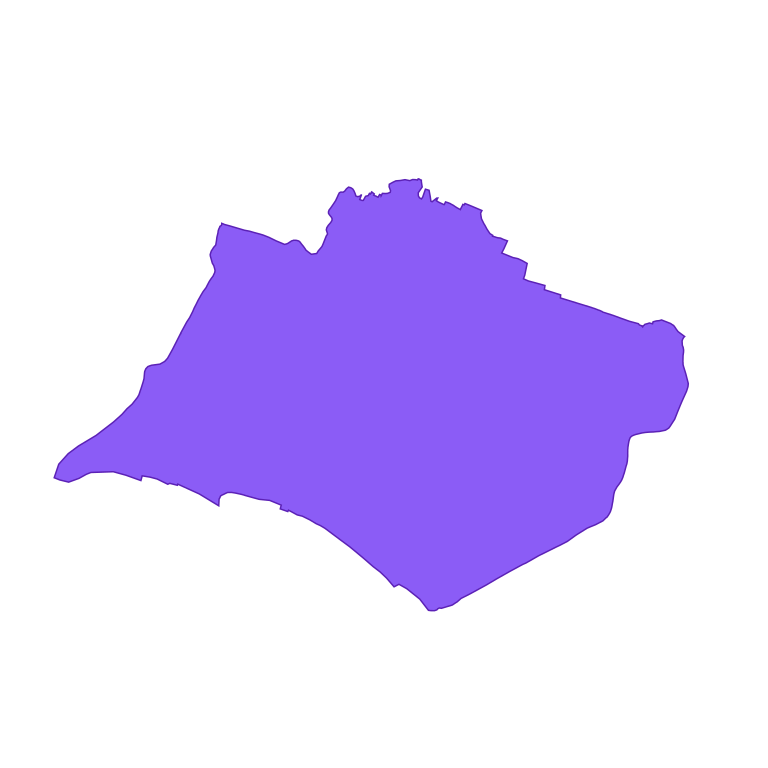 outline of Kota Tegal, Jawa Tengah, Indonesia, rotated 195°
{"feature_id": "22746128B85080883644541", "entity_name": "Kota Tegal", "entity_type": "district", "adm_level": 2, "iso_a3": "IDN", "parent_name": "Indonesia", "parent_adm1": "Jawa Tengah", "projection": "mercator", "projection_center": [109.116, -6.87], "detail": "fine", "context": "isolated", "style": "filled", "palette": "violet", "viewbox_px": 768, "rotation_deg": 195, "n_neighbors": 0, "source": "geoboundaries", "source_scale": "gbopen_adm2", "svg_char_len": 6105}
<svg xmlns="http://www.w3.org/2000/svg" viewBox="0 0 768 768"><g transform="rotate(195 384 384)"><path d="M105.9,507.7L110.5,509.5L113.5,510.7L115.8,512.5L117.7,514.2L119.4,515.5L121.5,516.1L122.7,516.6L129.8,517.4L132.5,517.7L134.4,516.5L137.3,515.4L139.2,514.3L140.2,513.7L140.2,511.7L143.5,511.6L144.8,510.7L147.4,509.2L148.0,508.0L148.6,507.5L148.9,506.1L149.5,506.4L149.5,506.9L150.9,507.0L152.5,507.1L153.9,508.1L154.0,508.1L163.0,508.1L165.7,508.3L170.4,508.7L170.7,508.7L180.7,509.6L191.4,510.1L192.3,510.5L193.2,510.6L194.8,510.9L196.0,510.9L197.3,511.1L198.3,511.2L198.5,511.2L200.2,511.4L202.7,511.5L203.2,511.6L217.7,512.1L235.9,512.8L236.4,515.8L253.5,516.6L254.0,520.8L263.5,520.9L271.2,520.9L276.5,521.7L276.2,525.6L276.3,527.3L276.9,537.5L282.3,538.9L286.8,539.7L288.1,539.7L292.1,539.5L304.2,541.0L303.2,545.6L301.8,554.2L306.4,554.6L309.1,555.1L310.0,555.0L311.3,554.8L311.5,554.7L312.1,554.7L312.3,554.7L314.0,554.7L314.4,554.8L317.4,554.8L317.4,555.7L320.6,556.7L322.1,558.0L324.6,560.2L327.5,563.3L329.2,564.9L331.1,567.1L332.6,568.8L334.1,572.1L334.9,574.1L334.4,576.4L334.3,576.9L346.5,578.6L349.0,578.9L352.5,579.3L352.9,577.8L354.3,577.9L354.5,576.6L355.2,573.5L355.4,572.2L355.7,572.3L359.1,573.1L360.6,573.6L361.6,573.9L363.1,574.5L366.1,575.2L366.6,575.4L369.1,575.7L371.7,575.8L371.9,574.7L372.2,572.9L372.6,572.8L376.7,573.5L378.8,573.9L379.8,574.3L380.9,574.6L380.4,576.8L380.2,577.5L381.2,577.2L384.7,572.5L386.0,572.7L387.8,576.9L390.6,582.8L394.4,582.9L395.0,574.5L395.7,572.5L397.9,573.0L399.5,574.6L400.4,577.6L399.4,580.5L398.1,584.2L399.5,587.3L400.3,589.2L400.7,590.6L401.7,590.6L402.7,591.0L403.6,591.1L404.1,591.0L404.4,589.7L406.6,589.5L409.3,588.9L411.7,587.1L416.6,586.8L420.9,584.8L425.1,583.3L427.6,581.2L430.6,578.3L430.1,575.8L427.7,572.4L427.6,570.7L430.0,569.0L432.1,568.3L434.9,567.7L435.5,565.0L435.9,565.8L437.3,565.9L438.1,562.9L439.3,563.1L440.2,563.4L440.9,563.4L442.8,563.7L442.6,565.1L443.8,565.6L445.6,566.4L446.0,565.6L445.8,565.0L446.1,564.5L446.5,563.9L447.4,564.3L447.7,563.2L447.8,562.6L448.0,561.9L449.4,561.1L450.4,560.5L451.5,556.0L452.7,555.6L455.2,555.9L454.7,561.2L456.1,559.0L458.2,558.1L460.0,558.4L460.7,559.8L461.9,561.4L463.2,563.0L464.7,564.3L466.5,564.9L466.9,565.0L469.2,565.0L470.8,562.8L471.9,560.1L473.1,558.7L475.4,558.2L476.6,557.2L477.1,555.0L477.4,552.9L478.2,548.5L479.4,544.9L481.0,540.4L482.1,537.8L482.2,535.8L481.7,534.4L480.6,533.4L477.9,531.4L476.9,530.2L476.6,528.5L477.3,526.1L478.9,522.8L479.7,520.2L479.6,517.9L477.6,514.8L477.4,514.0L478.1,512.0L479.1,503.3L479.5,500.8L480.4,498.8L481.9,495.7L482.8,492.6L485.7,491.4L487.7,490.5L491.1,491.8L494.0,493.1L495.4,494.4L497.6,496.2L500.0,497.9L502.0,499.5L503.1,500.0L504.0,500.1L504.3,500.1L505.8,500.1L508.4,499.5L509.6,498.7L510.2,498.4L512.0,496.4L513.2,495.0L514.4,494.1L516.2,493.1L519.7,493.6L525.0,494.3L525.5,494.4L533.2,495.9L533.3,495.9L539.4,496.6L542.7,496.7L548.8,496.7L553.5,496.8L558.6,496.4L566.2,496.6L573.9,496.8L575.5,496.8L577.5,496.8L579.3,496.8L581.2,497.1L581.4,497.1L581.6,497.1L582.3,497.2L582.1,496.1L582.1,495.1L583.3,493.8L583.3,492.9L583.4,492.4L583.7,490.9L583.8,489.0L583.5,487.0L583.4,482.6L582.9,479.0L582.5,474.7L584.0,471.7L584.2,470.8L585.2,467.9L585.3,466.9L585.4,464.1L584.9,462.7L581.4,456.8L581.2,456.4L579.0,454.2L577.1,451.0L576.5,449.6L576.4,447.7L577.1,443.8L578.2,441.2L579.0,438.8L579.4,437.5L580.6,432.1L580.7,431.3L582.7,426.3L584.0,421.6L584.1,421.1L585.2,416.9L586.1,412.3L587.0,408.3L587.6,404.0L587.7,403.7L588.9,397.9L590.5,393.1L590.6,392.8L593.5,380.7L593.4,380.4L593.5,380.4L597.2,362.9L599.7,352.9L601.7,349.0L605.6,345.2L613.3,342.0L615.0,340.9L616.6,339.7L618.0,337.1L618.4,334.2L618.2,332.7L617.2,327.1L617.2,323.6L617.5,316.6L617.7,314.3L617.9,310.3L618.4,308.3L618.7,307.2L622.1,299.3L625.8,293.7L629.2,286.9L635.5,277.2L644.7,265.2L648.8,259.8L660.6,247.6L663.1,245.0L670.2,236.0L671.0,235.0L671.7,233.6L677.4,222.4L678.3,208.1L672.3,207.4L663.2,207.6L654.2,213.9L648.2,219.7L644.2,222.7L622.8,229.2L609.6,229.1L593.8,227.8L593.8,232.7L585.8,233.5L578.5,233.5L566.9,231.2L565.2,232.6L557.4,232.7L557.3,233.9L534.0,230.0L512.1,223.6L513.5,230.1L513.1,231.8L512.9,233.5L511.8,234.7L510.1,236.1L508.9,237.2L507.1,238.7L503.2,239.8L499.4,240.2L493.3,240.5L491.6,240.5L490.7,240.5L489.4,240.4L478.4,240.3L474.7,240.3L464.3,242.0L451.9,240.4L451.9,236.5L443.9,235.9L443.6,237.4L438.9,236.3L434.4,235.2L434.0,235.1L428.7,235.2L420.6,233.6L413.3,231.5L408.9,230.8L403.9,229.4L392.1,224.7L385.4,222.0L375.2,218.0L359.5,210.8L347.2,204.8L339.0,201.4L331.3,197.2L321.8,190.7L317.7,194.4L309.1,192.2L293.8,185.5L282.5,176.9L280.2,177.2L276.6,178.1L274.5,179.5L273.8,180.9L272.5,182.0L270.5,182.2L261.1,188.0L260.8,188.2L258.0,191.4L257.0,192.4L254.1,196.8L246.2,203.9L233.0,216.5L225.2,224.5L218.9,230.7L213.8,235.7L206.1,243.0L203.0,245.9L200.7,247.7L190.0,258.3L175.6,271.0L172.3,273.8L166.0,279.6L160.0,287.0L158.8,288.4L150.5,297.3L147.7,299.5L143.2,302.9L137.1,308.5L134.8,312.4L134.3,312.8L133.8,314.0L133.2,315.7L132.7,317.5L132.3,319.3L132.2,320.8L132.1,323.1L132.2,324.9L132.4,326.9L132.5,328.2L132.6,329.9L132.9,332.3L133.3,335.4L133.5,337.2L133.5,338.9L133.5,340.4L133.1,341.9L132.3,345.0L131.1,347.9L130.2,350.4L129.6,352.5L129.3,354.4L129.1,356.1L129.1,357.5L128.9,360.1L128.9,366.3L128.9,367.6L128.8,368.7L128.8,369.7L128.8,370.3L128.9,371.2L129.0,372.6L129.5,375.0L129.8,376.9L130.2,378.5L130.7,380.2L131.0,381.5L131.5,383.3L131.8,385.0L132.1,386.5L132.1,386.9L132.4,389.5L132.6,391.9L132.6,393.4L132.4,395.5L131.9,396.8L130.8,398.2L129.4,399.3L127.8,400.4L125.2,401.8L122.3,403.4L119.1,404.8L115.3,406.2L111.4,407.4L108.2,408.6L105.8,409.4L102.6,411.0L100.4,412.1L99.2,413.2L98.4,414.2L97.6,415.0L96.8,416.9L96.3,418.4L95.9,419.7L94.1,425.2L93.2,433.1L92.3,440.2L91.7,444.4L91.1,448.1L89.9,455.3L89.7,460.1L90.1,462.7L90.2,463.2L95.1,471.9L96.9,474.8L99.3,478.6L100.4,480.7L100.5,481.6L101.0,482.7L102.5,488.9L102.9,492.2L103.4,494.4L103.5,494.6L104.5,496.8L105.0,497.5L105.8,498.5L107.2,502.7L107.1,504.6L106.6,506.5L105.9,507.7Z" fill="#8b5cf6" stroke="#5b21b6" stroke-width="1.5"/></g></svg>